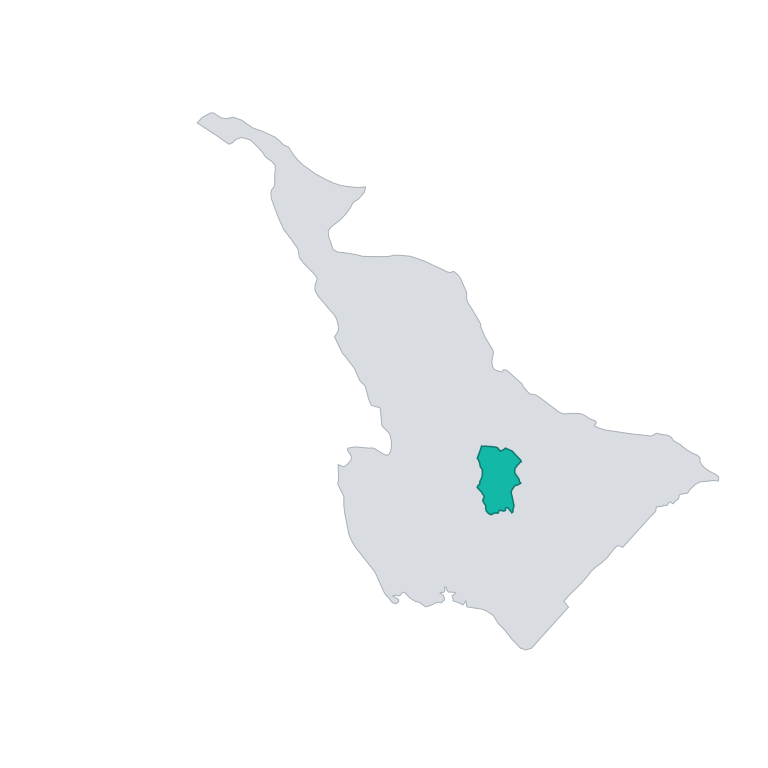 Haute-Sanaga, Centre, Cameroon shown in context, rotated 312°
{"feature_id": "32672807B25561230915667", "entity_name": "Haute-Sanaga", "entity_type": "district", "adm_level": 2, "iso_a3": "CMR", "parent_name": "Cameroon", "parent_adm1": "Centre", "projection": "equal_earth", "projection_center": [12.366, 4.679], "detail": "fine", "context": "in_parent", "style": "filled", "palette": "teal", "viewbox_px": 768, "rotation_deg": 312, "n_neighbors": 0, "source": "geoboundaries", "source_scale": "gbopen_adm2", "svg_char_len": 5037}
<svg xmlns="http://www.w3.org/2000/svg" viewBox="0 0 768 768"><g transform="rotate(312 384 384)"><path d="M228.1,527.5L229.4,523.2L238.2,503.1L243.8,470.9L246.4,463.3L248.9,458.3L261.8,441.2L266.6,435.7L273.5,429.5L278.5,416.9L280.1,415.6L282.3,414.5L293.4,403.9L294.3,406.0L295.1,408.5L295.9,409.7L299.5,410.5L304.4,410.4L307.2,409.7L308.7,407.5L310.2,401.7L311.1,400.5L312.3,400.2L317.7,404.4L326.5,416.0L328.7,418.1L329.7,420.4L331.6,431.0L332.7,433.6L334.6,434.7L338.1,434.0L341.6,432.1L344.8,429.4L347.9,425.9L350.0,422.7L350.9,420.4L351.4,411.7L352.1,409.8L363.6,397.3L363.3,396.1L361.4,392.6L359.8,388.7L361.5,384.7L363.2,381.7L369.9,371.3L370.3,363.7L375.7,351.8L378.7,336.2L378.8,333.2L385.8,315.9L393.1,314.4L395.9,312.0L399.1,307.7L401.2,303.7L402.2,299.9L402.9,292.7L404.2,284.3L405.0,277.1L407.2,270.3L410.9,266.9L417.2,264.1L418.2,262.8L419.1,258.3L420.0,243.4L421.1,236.9L426.9,229.4L429.5,217.8L431.8,205.7L438.5,191.0L446.3,176.4L449.9,172.4L453.0,170.6L456.5,170.4L458.9,169.4L467.3,162.1L470.8,159.6L473.4,157.1L474.0,154.9L474.3,151.7L473.4,144.2L474.9,138.6L475.7,130.1L476.0,123.4L475.7,121.1L474.1,117.2L471.6,113.1L467.4,110.5L461.6,109.9L458.5,108.4L457.4,100.7L457.0,95.9L453.0,70.5L460.4,70.5L469.2,73.6L471.4,75.9L472.6,84.6L475.8,89.5L481.4,93.5L484.9,101.9L486.3,114.6L489.4,122.2L490.1,123.4L494.5,137.8L494.8,144.4L494.4,148.9L496.2,154.4L493.6,163.9L492.8,169.7L492.6,177.8L494.2,192.2L496.8,203.3L499.6,212.3L502.7,219.2L507.8,226.9L513.2,234.0L518.2,238.4L513.6,241.0L504.6,241.3L499.4,239.9L496.9,239.8L494.4,240.7L484.8,242.0L475.2,241.4L466.2,239.7L460.7,239.9L456.5,244.2L453.1,250.7L449.9,255.8L451.0,261.4L453.5,264.5L458.1,271.4L462.3,278.1L464.4,282.5L472.8,292.3L480.8,301.1L484.6,304.1L486.0,304.8L490.4,309.8L496.5,318.0L502.1,331.0L509.9,356.8L511.6,359.0L514.3,360.3L514.6,363.1L514.4,367.1L513.6,370.4L507.4,384.0L501.9,389.2L500.4,392.4L498.3,400.2L493.4,415.6L491.2,417.7L486.3,428.2L482.3,441.4L481.3,443.4L479.7,445.0L474.0,448.3L472.0,449.9L469.1,454.0L468.7,456.7L470.1,460.4L471.7,463.4L474.7,463.4L476.4,466.2L476.4,486.6L475.0,489.7L475.1,491.1L474.4,494.6L474.2,498.5L474.6,500.1L475.8,501.3L477.4,504.1L478.3,510.3L480.2,532.4L481.1,535.9L482.7,538.3L487.8,543.1L493.1,549.4L494.8,553.4L495.8,560.1L497.8,565.3L497.8,567.1L496.9,567.8L493.6,568.2L494.7,572.1L497.5,578.7L511.0,599.1L524.0,617.3L527.1,618.7L529.3,619.1L530.3,620.2L531.5,622.8L535.9,629.4L536.6,633.3L535.7,636.9L536.7,642.6L537.4,644.7L537.2,646.5L537.7,653.5L538.9,659.5L540.8,664.7L540.5,668.3L538.0,670.4L536.6,673.7L536.2,678.4L536.9,684.2L538.8,690.9L538.9,694.9L535.8,697.5L532.3,692.9L528.5,689.8L522.7,684.3L516.9,682.4L509.4,682.0L506.2,682.7L500.6,678.3L498.8,677.7L496.4,679.5L494.7,679.6L492.5,678.9L488.3,678.9L487.9,675.8L487.2,675.2L482.6,675.5L481.1,672.9L480.5,673.2L478.7,672.3L475.0,668.6L471.1,671.1L463.0,670.8L422.3,670.7L421.3,667.2L419.3,665.5L415.6,665.3L404.8,666.0L396.5,665.4L390.9,664.1L384.0,663.3L375.5,663.9L366.7,663.9L351.1,662.9L342.5,663.1L342.7,665.2L342.1,666.7L341.7,670.4L286.4,670.4L281.9,667.8L280.5,666.2L280.1,663.2L279.0,662.8L279.9,649.8L281.8,639.0L282.5,629.0L285.1,620.0L283.7,611.1L282.1,607.3L273.8,594.7L277.6,589.9L272.6,590.6L271.5,585.9L269.1,580.3L270.6,579.4L272.0,576.3L276.6,577.3L276.4,575.8L272.5,571.1L272.9,568.7L274.5,566.0L273.7,564.9L270.9,567.7L268.8,567.6L267.3,565.8L266.1,565.5L266.8,569.1L265.2,572.3L263.7,573.4L261.1,573.2L259.0,572.4L258.5,570.6L256.5,569.3L250.9,566.9L246.3,564.1L245.4,556.4L243.5,553.1L242.8,549.4L242.3,545.1L243.0,538.6L241.8,537.5L240.4,537.2L238.4,537.5L236.6,537.1L234.4,533.5L232.4,532.1L233.6,538.8L232.2,540.6L228.9,540.1L227.5,537.6L227.2,535.7L228.7,527.6L228.1,527.5Z" fill="#d9dde1" stroke="#a8b0b8" stroke-width="1"/><path d="M418.1,538.0L418.9,536.3L419.5,527.7L419.6,527.2L419.9,524.3L417.6,517.1L415.0,516.8L412.0,515.4L412.3,512.8L412.6,510.8L411.6,509.0L409.6,506.0L408.0,504.1L405.4,500.6L403.4,498.8L403.2,498.0L398.9,500.0L391.2,503.0L391.1,504.0L389.8,507.1L388.3,509.3L386.9,511.0L386.3,514.1L385.4,515.1L383.0,517.3L381.1,518.7L378.4,519.8L375.6,520.5L374.0,521.9L373.5,522.2L372.0,521.8L369.5,522.4L369.2,525.9L369.0,528.1L369.0,528.7L368.4,530.1L368.2,530.7L368.0,532.7L367.0,534.1L366.1,534.4L364.1,535.0L363.6,535.4L363.3,535.7L362.3,538.2L361.7,541.1L359.9,542.5L359.3,543.3L358.1,544.8L357.8,547.7L357.7,548.3L358.5,551.1L359.7,551.6L361.5,552.1L362.9,553.3L363.1,553.6L364.0,554.7L364.1,554.9L364.8,555.2L366.1,554.5L366.9,554.2L367.6,554.5L368.3,555.6L369.5,557.7L369.6,557.9L370.4,558.5L371.4,558.8L371.5,558.7L372.4,558.0L373.0,557.5L374.0,557.6L374.9,558.8L374.8,559.7L374.4,561.9L374.3,562.3L374.1,564.4L373.8,565.2L375.4,565.3L376.7,563.9L376.8,563.9L378.5,563.1L380.6,562.0L385.5,555.3L386.5,553.9L388.3,551.2L388.5,551.0L390.6,550.0L396.4,549.2L397.6,550.5L401.8,552.0L402.1,550.1L403.7,547.8L404.6,544.1L405.1,541.5L406.0,540.0L409.3,537.6L409.6,537.6L411.0,537.9L412.9,537.3L414.2,537.7L416.2,537.4L418.1,538.0Z" fill="#14b8a6" stroke="#0f766e" stroke-width="1.5"/></g></svg>